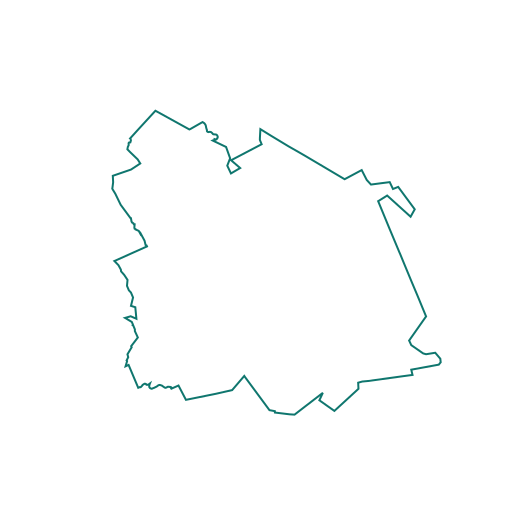 the district of Cananea, Sonora, Mexico, rotated 246°
{"feature_id": "50627088B87713420511875", "entity_name": "Cananea", "entity_type": "district", "adm_level": 2, "iso_a3": "MEX", "parent_name": "Mexico", "parent_adm1": "Sonora", "projection": "robinson", "projection_center": [-110.19, 30.986], "detail": "fine", "context": "isolated", "style": "outline", "palette": "teal", "viewbox_px": 512, "rotation_deg": 246, "n_neighbors": 0, "source": "geoboundaries", "source_scale": "gbopen_adm2", "svg_char_len": 3574}
<svg xmlns="http://www.w3.org/2000/svg" viewBox="0 0 512 512"><g transform="rotate(246 256 256)"><path d="M183.5,94.8L183.5,96.5L183.2,96.9L183.1,97.2L183.2,97.7L183.4,98.2L183.6,98.7L183.9,99.3L184.3,99.9L184.4,100.1L184.4,100.5L184.5,101.1L184.6,101.7L184.6,102.4L184.3,102.9L184.0,103.2L183.6,103.5L183.0,103.5L182.8,103.7L182.7,104.0L182.4,104.6L182.4,105.0L182.3,105.4L182.3,105.7L182.5,106.4L182.6,106.8L182.7,107.3L182.5,107.1L182.3,106.9L182.0,106.6L181.7,106.3L181.3,106.0L180.9,105.8L180.3,105.4L179.6,105.2L179.2,105.3L178.4,105.5L178.0,105.8L177.6,106.2L177.3,106.6L177.1,106.8L177.1,107.3L177.1,107.8L177.1,108.5L177.0,109.5L177.1,110.7L177.1,111.5L177.1,111.9L177.2,112.5L177.3,113.0L177.5,113.7L177.6,114.3L177.5,115.2L177.4,115.5L177.0,116.1L176.7,116.5L176.3,116.8L175.9,117.2L175.7,117.5L175.0,117.8L174.2,118.3L173.2,118.9L172.7,119.3L172.4,119.7L172.3,120.4L172.3,121.1L172.4,121.7L172.4,122.3L172.3,122.6L172.0,123.0L171.8,123.5L171.5,123.8L171.4,124.2L171.2,124.5L170.9,124.9L170.4,125.2L169.7,124.9L169.4,124.4L169.2,123.9L169.2,132.5L153.1,133.5L146.4,163.5L143.2,179.7L151.2,196.5L150.0,196.7L109.7,205.6L106.6,210.1L105.3,209.6L97.7,222.3L95.4,226.7L98.5,239.4L103.8,261.4L98.4,255.2L82.6,264.6L93.0,295.6L98.7,297.8L98.1,302.0L96.1,307.9L86.7,340.4L83.7,350.6L89.0,351.6L82.4,378.8L83.8,381.5L87.2,382.6L94.7,380.4L97.1,371.4L99.0,369.1L111.4,361.6L116.5,361.5L116.7,361.9L117.7,363.5L130.8,385.4L131.6,386.8L132.3,386.8L154.1,387.4L169.3,387.7L169.5,387.7L189.0,388.2L199.4,388.5L200.8,388.5L201.3,388.5L227.6,389.1L256.4,389.9L257.7,399.2L257.9,400.4L229.0,413.2L234.1,420.0L261.3,414.0L261.5,408.4L269.1,408.2L271.8,399.2L274.5,390.1L280.4,388.1L291.5,387.5L290.1,368.2L291.5,367.2L327.0,342.0L333.2,337.5L343.0,330.3L359.8,318.6L370.1,311.6L362.3,307.6L360.6,306.8L359.8,306.7L358.9,306.7L355.8,306.6L353.6,272.2L342.8,277.3L342.3,272.7L341.6,266.7L350.2,266.5L355.8,272.1L367.8,273.0L379.1,263.4L379.1,263.7L378.9,264.0L378.8,264.4L378.6,264.7L378.6,265.1L379.2,265.2L379.7,265.6L379.5,265.8L379.4,266.0L379.1,266.3L378.9,266.4L378.7,266.6L378.6,266.8L378.7,267.2L378.7,267.6L379.0,267.9L379.2,268.1L379.3,268.4L379.4,268.7L379.7,269.1L380.1,269.3L380.7,269.6L381.6,269.6L382.3,269.5L382.9,269.2L383.2,268.9L383.4,268.7L383.5,268.4L383.6,268.2L383.8,267.8L384.1,267.4L384.3,266.9L384.6,266.5L384.9,266.3L385.2,266.2L385.7,266.1L386.3,265.9L386.9,265.6L387.5,265.3L387.9,264.8L388.2,264.3L388.3,264.0L388.4,263.5L388.6,262.8L389.0,262.4L389.7,262.0L390.1,262.0L391.0,262.4L392.2,262.5L393.6,262.7L395.2,263.1L396.5,263.2L398.3,262.8L400.1,261.6L398.7,247.8L398.7,246.6L400.7,245.1L429.6,223.2L419.5,199.9L414.6,188.8L414.1,189.1L412.4,188.7L410.9,187.4L411.3,186.1L410.9,185.5L409.1,184.8L407.8,183.3L405.8,181.9L402.0,183.3L392.4,187.2L387.6,187.9L385.8,177.0L387.5,157.8L381.5,155.5L377.2,152.9L376.0,152.1L374.7,152.2L370.1,152.8L357.8,153.2L341.4,156.8L341.3,157.1L338.1,156.3L337.0,156.4L336.9,156.6L335.4,157.4L335.0,157.2L334.2,157.4L334.1,157.9L331.6,156.5L330.4,156.2L329.5,156.9L329.2,156.8L327.2,158.6L326.6,159.1L323.0,159.4L323.4,159.8L315.3,160.4L310.9,159.6L310.2,160.3L309.1,160.3L309.0,124.6L303.6,126.6L298.5,127.0L296.8,126.5L292.4,127.9L286.4,128.9L281.2,126.0L276.3,125.9L273.5,126.9L268.1,126.8L261.3,121.5L258.3,124.9L247.3,121.2L251.9,117.0L252.7,111.2L246.3,115.7L243.7,115.7L243.0,115.2L242.7,115.6L238.2,115.5L236.7,114.8L229.6,114.9L224.4,105.3L223.2,105.3L218.5,98.6L215.5,98.1L214.2,96.5L213.2,95.3L212.4,95.5L208.3,92.0L208.3,95.3L188.4,94.9L183.5,94.8Z" fill="none" stroke="#0f766e" stroke-width="2"/></g></svg>